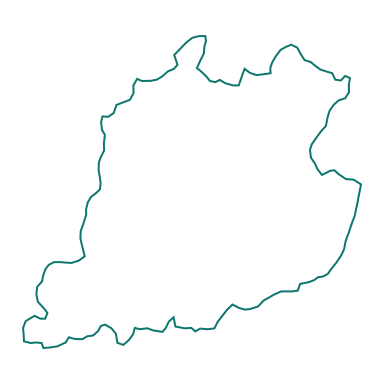 Itariri, São Paulo, Brazil (Robinson projection)
{"feature_id": "56859067B88746346825821", "entity_name": "Itariri", "entity_type": "district", "adm_level": 2, "iso_a3": "BRA", "parent_name": "Brazil", "parent_adm1": "São Paulo", "projection": "robinson", "projection_center": [-47.132, -24.286], "detail": "fine", "context": "isolated", "style": "outline", "palette": "teal", "viewbox_px": 384, "rotation_deg": 0, "n_neighbors": 0, "source": "geoboundaries", "source_scale": "gbopen_adm2", "svg_char_len": 2350}
<svg xmlns="http://www.w3.org/2000/svg" viewBox="0 0 384 384"><path d="M214.4,328.4L217.5,322.2L222.1,316.1L227.0,309.9L232.4,304.5L239.2,308.0L245.0,309.6L250.3,309.0L258.1,306.4L263.7,300.5L268.4,297.9L273.6,294.8L281.2,291.4L287.8,291.4L292.9,291.4L297.8,290.6L300.1,283.9L308.6,282.2L314.2,280.1L317.9,277.3L322.9,276.5L327.7,274.0L331.7,268.4L336.4,262.6L341.6,254.6L344.1,249.1L345.7,240.9L349.2,231.4L351.1,225.5L352.8,220.8L354.7,216.0L356.0,209.4L357.4,203.3L358.6,196.5L361.0,184.4L353.7,179.7L345.8,179.0L338.7,174.2L334.3,170.2L329.9,170.9L325.9,173.0L321.9,174.9L317.4,169.0L314.9,163.4L310.9,157.6L310.0,149.7L311.8,144.3L315.6,138.8L321.0,131.3L325.9,126.0L327.5,117.5L329.7,110.4L334.0,104.5L338.8,100.3L345.2,98.2L349.0,92.2L348.8,85.1L350.0,78.1L345.2,75.9L340.9,80.5L335.3,79.7L332.2,73.2L325.8,71.3L320.3,69.5L315.6,66.1L310.7,62.0L304.6,60.1L301.3,55.1L297.3,47.7L291.3,44.7L286.1,46.8L280.6,49.9L275.8,56.3L272.1,62.6L270.3,68.0L270.6,73.2L265.6,74.0L256.5,75.1L250.0,72.9L244.6,68.8L242.5,74.5L238.7,85.4L232.9,85.4L225.2,83.2L219.8,79.9L215.4,82.1L210.0,81.0L206.3,76.4L201.6,71.9L196.9,68.0L200.9,59.4L203.9,53.4L204.4,46.6L206.0,40.9L205.3,36.0L198.5,36.2L192.3,37.8L186.3,42.5L181.1,47.9L174.2,55.0L177.5,64.8L174.0,68.8L167.9,71.4L161.7,76.8L156.7,79.7L150.9,80.8L142.0,81.0L137.1,78.9L133.3,85.6L133.6,93.0L129.9,99.8L124.9,101.7L116.5,105.0L113.7,113.0L108.1,116.8L102.5,116.4L101.1,122.0L102.0,130.0L104.9,134.8L103.9,143.2L104.1,150.5L100.6,157.6L98.9,162.5L98.6,170.2L99.9,177.8L100.6,183.2L99.9,189.4L96.0,193.1L91.0,196.9L87.8,202.4L86.1,209.2L86.2,214.7L83.4,223.6L80.7,231.2L80.4,238.5L82.4,247.0L84.7,256.4L78.6,260.7L71.6,262.9L65.6,262.6L60.7,262.1L54.2,262.1L48.8,264.8L45.5,269.0L43.1,275.7L42.1,281.4L37.1,287.0L36.4,294.2L37.8,301.7L44.5,309.0L47.4,313.0L45.1,318.7L40.3,318.7L34.6,315.8L25.7,321.1L23.0,328.1L23.6,333.6L24.0,341.4L30.8,343.0L36.0,342.5L41.6,343.0L43.4,348.0L50.7,347.4L57.5,346.3L65.6,342.5L68.9,337.3L75.0,339.0L82.4,339.2L86.9,336.4L93.0,335.5L98.0,331.2L100.9,326.0L105.1,324.6L111.6,328.4L115.9,333.8L117.4,342.8L123.4,344.9L129.2,339.7L133.1,334.3L134.8,327.9L139.5,329.2L147.4,328.3L153.5,330.5L162.6,331.9L165.8,327.9L168.9,321.5L173.6,317.3L175.4,326.5L184.5,328.3L191.3,327.9L195.3,331.4L200.2,328.6L207.8,329.2L214.4,328.4Z" fill="none" stroke="#0f766e" stroke-width="2"/></svg>